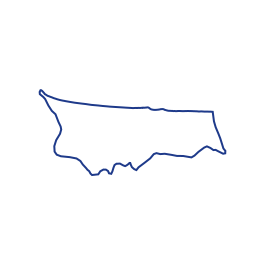 the district of Ciudad de la Costa, Canelones, Uruguay, rotated 218°
{"feature_id": "84410073B39793834808870", "entity_name": "Ciudad de la Costa", "entity_type": "district", "adm_level": 2, "iso_a3": "URY", "parent_name": "Uruguay", "parent_adm1": "Canelones", "projection": "natural_earth1", "projection_center": [-55.945, -34.814], "detail": "fine", "context": "isolated", "style": "outline", "palette": "blue", "viewbox_px": 256, "rotation_deg": 218, "n_neighbors": 0, "source": "geoboundaries", "source_scale": "gbopen_adm2", "svg_char_len": 2464}
<svg xmlns="http://www.w3.org/2000/svg" viewBox="0 0 256 256"><g transform="rotate(218 128 128)"><path d="M71.2,192.9L72.7,191.9L77.0,188.7L77.7,188.1L80.5,186.2L82.2,184.7L83.8,183.7L86.7,181.6L88.8,180.1L90.4,178.9L91.2,178.3L92.8,177.0L95.2,175.0L96.2,174.3L97.2,173.6L99.4,171.9L99.7,171.5L101.0,170.5L101.7,170.1L102.3,169.6L102.9,169.1L103.5,168.8L104.0,168.4L105.0,167.7L106.0,167.0L106.3,166.8L107.0,166.3L107.8,166.0L108.6,165.6L109.5,165.3L110.5,164.8L111.3,164.8L112.1,164.4L112.8,163.9L113.1,163.6L113.3,163.4L113.5,163.3L113.7,163.1L114.1,162.6L114.4,162.2L114.9,161.7L115.0,161.5L115.3,161.3L115.6,160.9L116.0,160.6L116.6,160.0L117.2,159.4L117.8,159.0L118.1,158.7L118.5,158.4L119.0,158.1L119.7,157.7L120.5,157.3L120.9,157.1L121.5,156.9L122.2,156.8L122.7,156.8L123.2,156.8L123.8,156.8L124.4,156.7L125.0,156.5L125.4,156.2L125.9,155.7L126.2,155.3L126.7,154.9L127.4,154.2L128.0,153.7L128.4,153.5L128.6,153.2L128.8,152.9L129.0,152.9L129.1,152.7L129.5,152.5L130.0,152.0L130.5,151.5L131.1,151.0L132.1,150.3L132.3,150.2L132.6,149.8L133.0,149.5L133.3,149.4L133.5,149.1L133.7,148.9L134.6,148.3L135.6,147.4L137.0,146.3L138.2,145.5L141.8,143.0L144.6,141.1L155.4,133.7L158.4,131.8L161.6,129.7L165.5,127.3L171.2,123.6L175.8,121.0L179.4,118.8L185.6,115.1L190.4,112.5L193.6,110.8L195.0,110.1L195.9,109.6L197.5,108.8L199.2,108.0L201.4,107.1L203.1,106.5L204.9,105.8L206.8,105.3L208.6,104.7L210.3,104.2L211.0,103.9L211.8,103.8L213.3,103.7L213.9,103.6L214.4,103.5L215.3,103.8L216.9,104.1L218.1,104.3L218.6,104.4L218.9,104.3L219.3,104.3L219.7,104.3L220.2,103.9L219.8,102.0L218.3,100.4L213.9,100.3L211.1,99.8L204.6,96.7L198.6,94.6L193.6,94.2L186.6,90.0L182.0,87.7L179.7,85.7L178.0,81.6L177.1,74.2L174.9,68.3L171.3,64.2L169.4,63.6L167.7,63.1L163.5,64.4L155.9,69.2L149.8,72.3L145.2,72.7L141.2,71.4L136.3,70.6L134.2,70.1L132.0,70.1L129.5,69.0L127.4,68.8L122.9,73.2L123.2,76.8L121.8,80.1L119.8,81.6L117.2,81.8L115.1,80.6L113.0,81.6L113.6,84.2L115.0,87.8L115.8,90.5L115.1,92.7L112.4,95.0L108.7,95.6L106.8,96.2L106.1,97.7L105.5,99.8L105.3,101.4L104.7,101.8L103.2,100.8L100.9,99.6L98.0,99.4L96.6,99.7L95.5,100.0L95.5,103.5L93.4,111.3L91.8,117.7L91.6,123.3L90.1,125.7L86.5,127.3L83.2,130.3L77.2,133.6L72.3,136.1L67.3,139.9L59.9,143.9L58.6,147.2L57.8,152.5L55.9,159.5L54.5,162.1L50.8,163.0L47.1,163.2L45.5,164.7L42.6,165.2L37.2,166.3L35.8,167.9L37.2,169.9L40.2,170.6L48.9,176.6L53.3,179.2L59.4,182.6L64.4,186.2L71.2,192.9Z" fill="none" stroke="#1e3a8a" stroke-width="2"/></g></svg>